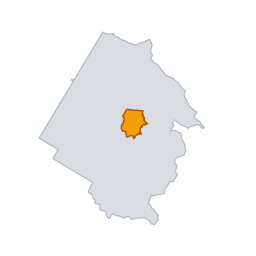 Gebrat Al Sheikh, North Kordufan, Sudan shown in context, rotated 301°
{"feature_id": "16777658B91752448930430", "entity_name": "Gebrat Al Sheikh", "entity_type": "district", "adm_level": 2, "iso_a3": "SDN", "parent_name": "Sudan", "parent_adm1": "North Kordufan", "projection": "mercator", "projection_center": [31.456, 15.37], "detail": "fine", "context": "in_parent", "style": "filled", "palette": "amber", "viewbox_px": 256, "rotation_deg": 301, "n_neighbors": 0, "source": "geoboundaries", "source_scale": "gbopen_adm2", "svg_char_len": 5632}
<svg xmlns="http://www.w3.org/2000/svg" viewBox="0 0 256 256"><g transform="rotate(301 128 128)"><path d="M168.2,192.9L166.2,192.9L166.0,192.4L166.1,191.2L166.3,190.2L167.0,188.7L166.8,187.8L166.9,186.6L166.4,185.3L161.7,181.4L160.8,180.3L158.3,179.3L158.8,178.2L157.7,170.2L158.2,169.3L158.4,167.9L158.4,166.6L159.0,164.6L159.0,163.7L154.1,163.6L154.0,164.5L154.2,165.5L154.2,165.9L147.3,165.9L150.1,169.1L150.2,170.5L150.1,172.2L150.1,173.3L150.2,174.0L151.0,175.4L150.9,175.7L150.8,176.0L145.9,180.2L145.0,182.2L144.4,183.2L143.0,184.9L138.5,189.3L137.8,189.6L134.3,189.8L134.0,189.9L133.7,190.1L130.7,187.4L125.8,184.3L122.5,185.9L121.6,186.5L121.6,188.0L121.1,188.8L120.3,189.7L117.8,190.2L116.6,190.7L115.1,191.5L113.7,192.9L113.5,193.7L113.7,194.3L105.4,194.3L104.9,193.8L103.7,191.4L102.8,191.6L95.3,191.3L94.2,191.5L92.0,192.5L91.0,192.7L89.8,192.2L85.9,187.6L85.0,187.0L84.1,185.9L83.3,185.4L83.0,185.1L82.9,184.6L82.9,183.6L82.6,182.9L82.0,182.8L76.7,183.9L75.9,183.7L74.8,183.9L74.4,184.1L73.9,184.7L73.9,186.0L73.7,186.6L73.3,187.3L71.8,188.9L71.4,189.6L71.5,191.3L71.4,192.2L71.2,192.6L70.5,193.3L70.3,193.7L70.0,195.9L69.2,197.2L69.0,197.7L68.9,198.7L68.8,199.0L66.4,199.7L65.5,200.2L64.9,201.0L64.8,201.3L63.8,201.0L62.5,200.8L59.9,200.6L58.9,200.2L58.5,199.7L58.6,198.4L58.4,198.1L58.0,197.8L57.7,197.3L57.7,196.6L59.1,195.0L59.3,194.2L59.7,190.3L59.6,189.1L58.5,186.9L56.1,183.1L55.5,182.4L52.5,179.3L52.1,178.8L51.4,177.5L52.2,174.6L52.3,173.8L52.1,173.0L51.3,172.4L50.6,172.3L49.7,171.5L49.1,171.2L48.6,170.5L48.2,169.5L48.5,166.1L48.3,165.7L47.6,165.5L47.4,165.3L47.4,164.6L47.0,162.7L46.5,161.1L46.8,160.2L46.1,159.0L44.9,158.4L42.5,158.8L41.7,158.8L41.2,158.6L40.8,158.1L40.6,157.6L40.8,156.8L41.5,155.3L42.3,154.1L44.1,153.0L44.6,152.5L44.8,151.8L44.9,151.1L44.8,150.3L44.6,149.6L44.0,148.6L43.6,147.5L43.6,146.8L43.8,146.2L44.3,145.6L46.0,144.3L47.8,143.3L48.1,142.9L47.9,142.5L47.1,141.6L46.9,139.9L46.4,138.7L47.3,137.8L48.0,137.5L49.0,137.2L49.4,136.9L49.6,136.2L49.5,135.5L49.9,135.0L50.4,133.9L50.8,133.4L52.2,132.1L52.5,131.3L52.5,130.5L52.2,128.1L53.0,127.1L54.0,126.3L55.4,126.4L57.6,126.2L59.1,125.8L60.2,125.8L62.7,126.3L63.0,126.1L63.1,125.5L63.1,79.3L73.3,79.3L73.5,79.3L73.5,57.0L138.3,57.0L138.9,57.0L139.9,54.9L140.3,54.7L141.0,54.8L141.2,55.3L140.7,57.0L197.3,57.0L197.4,59.6L197.9,61.6L199.5,64.5L200.8,66.1L201.3,67.0L201.4,67.4L201.3,67.7L200.9,67.3L200.2,67.0L200.1,68.4L200.4,71.2L201.0,73.1L200.6,74.9L200.6,77.9L201.3,81.6L201.2,83.9L202.4,89.3L203.5,92.3L204.1,93.0L204.9,93.4L206.2,93.7L208.2,95.2L209.8,96.8L210.4,97.7L211.1,98.6L211.6,98.4L212.0,98.2L212.5,98.9L215.0,100.5L215.4,101.2L214.5,102.0L213.4,103.2L212.9,104.4L212.6,104.8L211.8,105.5L211.7,105.8L211.3,106.1L210.9,106.1L210.1,106.5L209.3,106.4L208.5,106.6L208.2,106.9L207.6,107.1L206.8,107.2L205.4,108.2L204.3,108.7L203.9,109.1L203.3,111.0L202.9,111.5L201.2,111.6L200.4,111.8L199.3,111.6L198.7,111.6L198.6,112.0L198.4,113.7L198.4,114.4L197.4,116.3L197.7,119.9L196.8,122.5L196.7,123.1L195.7,125.3L195.3,126.0L194.1,130.0L193.6,131.2L192.6,132.5L193.7,141.9L192.8,144.8L192.9,146.3L192.3,148.6L191.8,149.7L191.0,151.0L190.4,152.4L189.9,154.3L189.5,157.9L189.3,158.3L186.3,158.7L185.4,159.0L184.8,159.4L184.0,160.3L182.5,162.8L181.7,164.4L180.4,166.5L179.0,168.0L178.7,168.7L178.4,170.0L177.9,172.2L177.4,173.7L177.5,174.9L177.0,177.0L177.1,178.1L176.6,178.6L175.9,179.2L175.4,179.3L173.3,177.9L171.9,178.9L171.0,180.2L170.3,181.6L170.7,184.6L170.6,185.2L170.4,185.9L169.0,188.8L168.6,190.1L168.2,192.4L168.2,192.9Z" fill="#d9dde1" stroke="#a8b0b8" stroke-width="1"/><path d="M135.3,117.4L135.1,118.1L135.0,118.6L134.8,119.5L129.7,121.4L127.2,121.1L124.1,122.6L122.7,124.7L123.1,125.8L123.7,128.1L122.6,129.0L120.0,131.0L120.0,132.2L121.4,133.1L123.5,134.9L123.7,136.6L122.3,137.6L122.0,138.1L123.7,138.9L124.3,138.3L125.4,138.7L126.6,139.2L127.4,139.5L128.2,139.7L128.4,140.5L129.0,140.1L129.4,140.3L129.1,141.4L129.3,141.8L129.6,142.2L129.7,142.3L129.9,142.2L130.2,141.7L130.3,141.4L130.4,140.8L130.8,140.8L131.0,140.8L131.4,140.5L131.6,140.0L131.7,139.9L132.0,139.7L133.2,139.2L133.5,139.0L133.8,138.8L134.3,138.5L135.1,138.5L135.5,138.5L135.9,139.0L136.1,139.3L136.3,138.9L136.5,139.1L136.6,138.9L136.6,138.6L137.0,138.6L137.5,139.3L139.1,139.4L139.3,139.6L139.8,140.5L139.4,140.8L139.4,141.0L139.5,141.2L139.9,141.2L140.1,141.3L140.3,141.3L140.5,141.5L141.0,141.9L141.1,142.0L141.3,142.2L141.3,142.3L141.6,142.4L141.7,142.2L141.7,141.7L141.7,141.4L141.7,141.2L141.9,140.7L142.0,140.6L142.2,140.1L142.3,139.9L142.3,139.7L142.3,139.4L142.4,139.2L142.4,138.9L142.4,138.7L142.4,138.2L142.5,138.0L143.0,137.7L143.3,137.4L143.4,137.2L143.5,137.1L143.9,137.4L144.1,137.5L144.4,137.2L144.8,137.0L144.9,136.8L145.0,136.8L145.1,136.7L145.3,136.5L145.4,136.1L145.5,135.8L145.5,135.5L145.4,135.4L145.5,135.2L145.8,135.2L146.0,134.6L146.0,134.4L146.1,134.2L146.5,134.2L146.8,134.2L147.0,134.2L147.3,134.0L147.3,133.6L147.0,133.6L147.0,133.3L147.3,133.2L147.6,133.1L149.1,132.4L149.3,132.4L149.5,132.3L149.5,132.2L149.8,132.2L150.0,132.0L150.2,131.9L150.3,131.9L150.2,131.7L150.0,131.3L150.0,131.2L149.9,131.0L149.5,130.2L149.3,129.8L149.0,129.2L148.9,129.1L148.7,128.8L148.5,128.1L148.3,127.7L148.0,127.1L147.8,126.7L147.7,126.4L147.6,126.1L147.4,125.9L146.9,125.2L146.6,124.8L146.5,124.4L146.3,124.1L146.2,123.9L146.1,123.7L146.0,123.4L145.7,122.6L145.5,122.3L145.2,121.6L145.1,121.2L144.7,120.4L144.6,120.1L144.3,119.4L144.1,119.0L143.9,118.4L143.7,118.1L143.6,117.8L143.5,117.6L143.4,117.4L142.2,117.4L140.5,117.4L139.6,117.4L136.9,117.4L136.1,117.4L135.3,117.4Z" fill="#f59e0b" stroke="#b45309" stroke-width="1.5"/></g></svg>